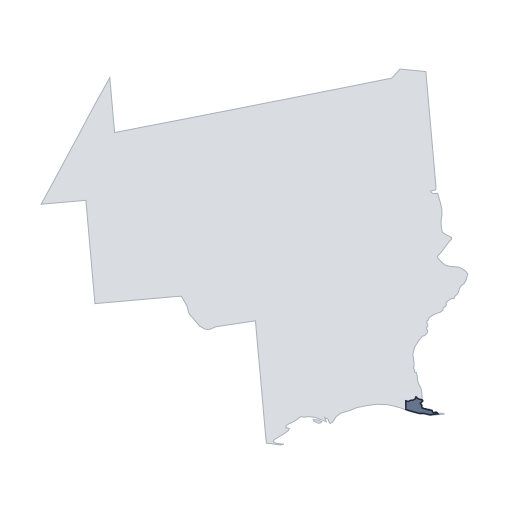 Keur Macene, Trarza, Mauritania (highlighted), rotated 265°
{"feature_id": "47542326B95460333313215", "entity_name": "Keur Macene", "entity_type": "district", "adm_level": 2, "iso_a3": "MRT", "parent_name": "Mauritania", "parent_adm1": "Trarza", "projection": "mercator", "projection_center": [-16.333, 16.533], "detail": "fine", "context": "in_parent", "style": "filled", "palette": "slate", "viewbox_px": 512, "rotation_deg": 265, "n_neighbors": 0, "source": "geoboundaries", "source_scale": "gbopen_adm2", "svg_char_len": 4815}
<svg xmlns="http://www.w3.org/2000/svg" viewBox="0 0 512 512"><g transform="rotate(265 256 256)"><path d="M214.4,463.4L213.7,463.2L210.4,460.9L208.8,458.1L206.2,456.0L202.6,454.6L200.3,453.1L199.2,451.3L197.8,450.1L196.4,449.5L196.3,448.8L196.6,448.0L196.3,446.3L194.2,442.7L192.2,441.0L190.5,441.3L189.6,440.8L189.0,440.0L188.7,438.9L187.6,437.8L185.6,437.4L184.0,434.7L182.8,429.7L181.2,425.9L179.3,423.1L177.9,422.1L176.9,421.9L176.5,421.4L176.3,420.6L174.7,420.3L172.6,421.2L170.7,420.9L169.8,419.5L168.5,419.4L166.8,420.5L165.0,420.2L163.0,418.4L161.9,416.7L161.7,414.9L158.3,411.4L151.6,406.2L144.3,403.7L136.4,404.1L132.0,403.8L131.1,403.0L130.1,403.1L129.1,404.0L128.1,404.2L127.0,403.7L126.3,404.1L126.0,405.4L123.3,406.1L118.0,406.1L113.7,407.0L110.5,408.6L105.9,409.3L100.0,409.1L96.4,408.5L95.2,407.5L93.5,407.3L91.3,407.8L89.3,410.4L87.6,415.1L86.1,417.7L85.0,418.4L83.8,421.9L83.1,427.7L82.1,430.2L82.0,415.7L83.7,410.3L84.3,405.5L87.9,395.0L92.3,386.3L96.3,374.8L97.8,363.6L97.3,352.6L96.1,342.9L94.0,336.4L92.1,327.0L89.2,322.1L83.9,317.8L82.7,315.2L83.9,314.3L87.2,313.6L89.2,310.3L84.9,311.6L89.9,301.2L91.5,294.1L91.2,289.5L92.2,286.6L88.3,280.4L85.3,272.5L83.8,271.3L82.2,270.6L82.1,272.5L81.2,274.1L79.3,273.1L76.0,267.4L71.5,258.1L69.8,257.1L68.5,258.4L67.7,259.6L66.1,267.4L65.6,264.3L66.3,260.7L67.4,256.2L68.7,250.0L72.7,250.0L79.8,249.9L94.1,249.9L101.2,249.9L115.5,249.9L122.6,249.9L136.9,249.9L144.0,249.9L158.3,249.8L165.4,249.8L179.7,249.8L186.8,249.8L191.5,249.8L191.2,245.4L191.0,241.8L190.7,237.1L190.4,232.4L190.1,227.6L189.9,223.2L189.6,218.8L189.3,214.6L189.1,210.8L188.7,208.7L187.2,204.3L186.8,202.2L187.3,199.9L188.3,197.8L191.0,193.8L195.3,190.8L200.1,187.3L203.8,184.7L205.7,184.0L211.5,183.1L216.1,181.1L220.5,179.1L222.4,178.0L222.6,174.3L222.6,91.4L244.7,91.4L250.5,91.4L291.0,91.4L296.8,91.4L326.3,91.4L326.3,87.5L326.3,81.8L326.3,74.0L326.3,66.2L326.3,52.3L326.3,46.5L332.1,50.4L343.8,58.1L349.7,62.0L361.4,69.7L373.1,77.4L384.8,85.0L390.6,88.9L396.5,92.7L402.3,96.5L408.2,100.3L419.9,108.0L424.8,111.2L432.3,116.3L439.3,121.1L446.4,125.9L435.5,125.9L420.9,125.9L411.0,125.9L400.8,125.9L391.3,125.9L392.1,133.7L393.0,142.2L393.9,150.7L394.8,159.2L395.7,167.7L398.3,193.0L399.2,201.4L400.1,209.7L401.0,218.1L401.9,226.4L403.6,243.1L404.5,251.4L405.4,259.7L406.3,268.0L407.2,276.3L408.1,284.5L409.8,301.0L410.7,309.2L411.6,317.4L412.5,325.6L413.4,333.8L414.3,341.9L415.1,350.1L416.0,358.2L417.8,374.5L418.7,382.6L419.6,390.7L420.5,398.8L421.3,406.6L425.0,410.7L429.7,415.8L428.3,423.1L426.7,431.8L424.9,441.3L412.0,441.3L399.3,441.3L367.6,441.3L361.3,441.3L329.5,441.3L323.2,441.3L310.9,441.3L307.3,441.1L306.0,440.3L305.5,435.4L304.5,435.8L303.2,437.2L302.5,438.8L302.8,440.8L302.5,442.5L298.5,443.2L293.0,444.3L287.2,445.2L281.3,444.9L279.3,444.5L277.2,443.9L272.5,443.2L270.0,443.1L267.1,443.3L263.7,443.7L262.6,444.6L260.0,448.2L257.5,452.4L255.8,452.4L254.0,450.1L249.0,445.7L242.9,440.0L240.1,437.1L238.6,436.7L235.7,438.8L233.2,440.8L230.6,443.6L229.4,446.2L228.5,449.4L228.0,453.1L227.1,457.4L225.0,460.9L222.5,463.6L220.6,464.8L219.9,465.5L214.4,463.4ZM87.1,303.9L85.1,307.1L84.2,305.8L83.9,303.7L85.6,300.7L86.5,299.1L88.0,298.6L87.1,303.9Z" fill="#d9dde1" stroke="#a8b0b8" stroke-width="1"/><path d="M101.8,403.0L101.0,402.7L100.2,402.2L99.6,401.9L99.2,400.9L98.9,400.2L98.6,399.4L98.8,398.5L98.8,397.6L97.8,395.0L98.7,392.6L90.1,391.9L89.0,394.4L87.1,399.2L84.9,405.4L84.9,405.8L84.8,406.3L84.8,407.0L84.8,407.7L84.8,408.2L84.8,408.6L84.6,409.4L84.5,409.9L84.3,410.8L83.8,412.1L83.6,412.7L83.2,413.7L82.8,415.1L82.6,415.7L82.6,416.2L82.7,416.8L82.8,417.7L82.9,418.5L82.8,419.0L82.8,419.5L82.8,420.1L82.8,420.7L82.9,421.6L82.9,422.1L82.8,422.8L82.8,423.1L82.8,423.5L82.9,423.4L83.0,423.2L83.0,422.9L83.2,422.7L83.4,422.6L83.5,422.8L83.6,423.0L83.7,422.9L83.9,422.9L84.0,422.7L84.2,422.4L84.3,422.4L84.4,422.1L84.5,421.9L84.8,421.8L84.9,421.7L84.8,421.4L84.6,421.3L84.5,421.2L84.5,420.9L84.6,420.7L84.6,420.0L84.5,419.6L84.5,419.4L84.7,418.9L84.8,418.7L85.2,418.2L85.4,418.1L85.6,418.0L85.8,418.0L86.0,418.1L86.3,418.2L86.6,418.1L86.7,417.9L87.0,417.7L87.1,417.2L87.2,416.9L87.4,416.7L87.4,415.8L87.3,415.4L87.3,415.2L87.7,414.5L87.8,414.2L87.9,414.3L87.9,414.2L88.0,414.2L88.3,413.9L88.1,413.1L88.2,412.8L88.3,412.5L88.4,412.2L88.5,412.0L88.6,411.9L88.8,411.9L89.0,411.9L89.1,411.7L89.1,411.4L89.1,411.2L89.1,410.7L89.2,410.3L89.2,410.1L89.4,409.8L89.5,409.8L89.7,409.5L89.8,408.9L89.9,408.5L90.5,408.1L91.0,407.9L91.5,408.0L92.0,408.2L92.9,408.2L93.0,408.0L93.3,408.0L93.5,407.7L94.2,407.1L95.1,406.9L95.6,407.7L95.9,408.3L96.5,408.7L97.0,409.5L97.7,409.4L98.5,408.6L98.6,407.9L98.8,407.3L99.0,406.5L99.5,405.4L100.2,404.4L100.7,404.0L101.1,403.8L101.3,403.6L101.5,403.4L101.8,403.2L101.8,403.0Z" fill="#64748b" stroke="#1e293b" stroke-width="1.5"/></g></svg>